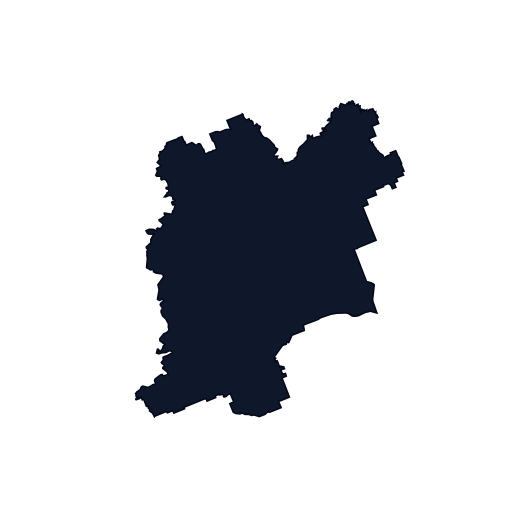 Logan, Queensland, Australia (Mercator projection), rotated 149°
{"feature_id": "25037944B44262560811074", "entity_name": "Logan", "entity_type": "district", "adm_level": 2, "iso_a3": "AUS", "parent_name": "Australia", "parent_adm1": "Queensland", "projection": "mercator", "projection_center": [153.051, -27.763], "detail": "fine", "context": "isolated", "style": "filled", "palette": "ink", "viewbox_px": 512, "rotation_deg": 149, "n_neighbors": 0, "source": "geoboundaries", "source_scale": "gbopen_adm2", "svg_char_len": 6073}
<svg xmlns="http://www.w3.org/2000/svg" viewBox="0 0 512 512"><g transform="rotate(149 256 256)"><path d="M181.7,144.8L179.4,156.0L178.6,158.4L169.5,170.3L169.7,171.6L171.6,174.4L174.4,177.1L168.5,210.9L168.1,211.3L165.2,210.2L164.1,210.6L144.9,207.6L139.2,243.2L133.4,242.3L132.4,248.2L121.3,246.3L120.5,251.3L110.9,249.7L110.7,250.9L105.5,250.0L104.0,247.5L104.5,243.4L100.7,242.7L99.9,247.6L96.2,247.0L95.6,250.6L87.8,249.3L87.6,252.7L85.4,252.4L84.3,260.2L83.6,260.1L82.6,266.8L83.1,266.9L82.0,274.3L87.8,275.3L88.1,273.3L88.9,273.8L92.4,274.3L92.8,273.8L93.8,274.4L95.4,273.8L95.7,274.8L95.3,277.2L97.2,281.0L97.3,283.2L98.1,284.5L97.8,286.2L98.3,290.2L97.7,291.4L98.7,292.2L97.6,293.7L99.3,293.9L98.6,298.3L91.4,297.2L89.7,307.4L82.5,306.3L81.5,312.0L80.0,311.8L79.6,314.6L80.7,315.3L79.1,317.9L80.0,317.8L80.1,320.0L80.9,320.4L80.6,321.1L79.9,321.4L80.1,322.1L83.7,323.2L85.3,322.0L86.2,323.3L85.6,324.3L88.4,324.6L88.1,325.8L89.6,326.1L89.5,327.1L89.9,327.3L91.3,325.6L91.9,325.4L91.5,326.6L91.7,328.1L90.6,328.5L90.4,329.6L89.4,331.1L91.2,331.8L90.3,333.5L93.7,334.1L94.0,335.4L93.0,336.0L94.0,336.8L93.0,338.1L93.6,339.4L94.8,339.5L95.8,338.4L96.8,340.2L97.7,340.2L97.3,338.0L99.6,339.9L101.5,339.0L104.8,343.0L108.0,340.9L108.2,339.0L108.6,338.8L109.4,339.1L111.0,341.8L113.5,341.6L114.7,339.8L117.5,339.9L119.8,337.0L119.7,335.0L122.3,336.2L124.9,335.4L124.8,335.0L122.3,333.3L123.3,332.5L128.3,331.5L131.1,330.4L133.4,331.6L133.9,331.1L133.7,329.3L133.0,328.9L130.5,329.0L130.2,328.6L130.5,327.9L131.9,327.1L135.0,328.1L137.7,328.2L138.0,327.7L137.7,325.9L138.2,325.4L143.1,327.0L146.6,327.4L145.6,330.3L147.7,329.9L148.4,332.3L149.8,333.0L152.0,329.2L158.0,327.4L162.2,326.8L164.8,325.6L165.9,323.7L167.3,323.6L169.1,320.5L173.1,319.6L173.9,318.5L176.1,319.2L179.2,319.2L182.6,320.8L184.6,320.9L185.1,321.5L184.4,321.6L183.9,322.5L184.0,326.4L186.1,326.9L188.2,328.4L188.2,329.0L185.9,330.4L187.6,331.3L188.9,332.3L189.1,333.0L188.0,333.9L186.1,334.3L182.9,335.9L182.3,336.6L183.9,339.3L183.3,341.7L184.9,349.1L186.2,351.8L187.7,352.9L188.7,356.2L188.4,359.5L188.7,361.1L187.9,362.3L187.8,363.4L186.4,363.6L185.6,364.6L187.2,367.7L187.2,368.9L190.1,368.5L191.1,370.0L190.1,371.2L189.7,372.8L190.2,374.6L191.2,374.9L191.7,375.7L191.2,377.0L192.0,377.4L193.6,377.3L194.5,378.2L195.0,381.5L194.2,384.0L194.6,385.0L195.1,384.6L211.1,387.2L212.6,377.3L215.1,379.2L216.9,379.9L223.4,380.9L224.6,382.4L226.8,383.4L232.8,384.4L233.9,377.2L233.2,375.5L233.5,372.8L234.7,368.2L236.3,367.7L238.7,368.7L240.5,368.3L242.7,369.3L245.5,369.2L246.4,369.6L246.9,370.9L245.8,374.4L246.4,375.1L246.0,380.4L246.9,381.7L248.2,382.1L249.7,381.4L250.4,382.0L252.5,386.3L258.7,387.0L258.1,390.8L258.7,390.9L257.9,396.5L261.2,397.2L265.5,396.9L265.4,397.4L273.9,399.0L274.3,398.8L273.9,398.1L274.5,397.8L275.2,397.9L275.2,397.4L277.8,396.7L278.1,395.3L282.0,394.1L284.9,394.8L285.2,393.5L287.6,392.5L288.9,388.5L292.5,387.1L291.4,383.9L291.4,382.4L292.9,382.0L296.1,382.3L296.5,382.0L296.3,381.1L297.0,379.3L300.3,376.9L300.1,375.6L296.6,373.4L296.6,372.8L297.9,371.1L297.8,369.8L296.3,369.5L294.5,368.4L294.1,367.1L294.1,363.8L295.3,360.6L296.4,360.4L297.5,361.1L298.3,360.5L298.2,359.6L296.6,358.0L296.7,357.4L298.0,355.8L299.4,356.1L300.8,355.1L304.1,353.9L303.0,353.2L299.0,352.5L297.3,350.7L297.1,349.4L298.1,347.1L296.4,345.6L296.5,344.7L297.3,344.6L299.9,345.8L300.7,345.3L301.1,343.9L301.0,342.3L299.8,342.5L298.7,341.8L298.8,341.5L302.8,337.8L304.3,337.5L306.1,335.4L307.3,335.7L312.4,340.1L313.1,339.3L312.9,337.3L319.0,336.8L320.3,337.2L320.8,336.2L319.1,330.9L322.9,328.7L325.1,329.6L325.7,330.6L327.1,330.5L326.9,329.6L327.3,329.3L328.7,329.5L330.2,331.6L333.6,333.9L337.3,334.4L337.4,331.5L336.8,330.1L332.6,327.4L332.4,326.8L334.4,326.3L337.7,324.3L339.5,321.5L345.5,320.3L345.9,319.2L345.3,317.5L347.1,316.2L349.5,312.2L350.3,310.0L355.7,302.6L355.7,301.8L354.5,300.4L353.8,298.5L351.8,297.7L351.1,296.4L351.1,295.9L352.0,295.3L350.6,292.9L345.8,289.0L345.5,286.5L346.9,285.3L354.9,281.9L356.6,276.8L362.7,269.8L362.6,269.0L361.5,267.5L359.0,267.4L358.0,266.0L358.6,264.9L361.0,264.9L363.0,264.0L363.3,263.2L363.0,259.8L363.9,258.7L365.6,258.0L366.3,256.8L367.0,252.7L365.8,248.6L366.0,242.9L367.9,240.1L368.7,237.2L372.4,236.4L375.1,236.9L381.0,234.7L382.1,232.9L379.6,226.7L381.8,226.7L384.3,224.4L386.9,223.7L387.7,224.0L387.6,226.3L388.5,226.9L391.3,224.1L389.8,222.2L386.8,221.5L382.8,219.6L378.9,219.4L377.1,217.3L377.0,216.7L378.2,216.2L383.0,216.3L387.4,217.2L388.1,216.8L389.1,214.5L392.0,213.6L392.0,212.3L390.9,209.8L391.4,209.0L393.3,208.4L393.9,207.6L392.0,203.0L391.9,201.2L392.5,199.8L396.2,200.6L397.3,201.3L397.4,202.8L399.0,203.3L405.6,202.6L406.7,202.0L407.4,200.9L407.6,198.8L408.5,198.1L410.3,198.8L415.5,198.8L416.7,199.4L419.6,202.4L420.7,203.0L421.8,202.8L424.0,201.2L428.1,200.9L430.2,200.1L430.2,199.1L431.2,197.2L431.0,195.6L430.1,195.4L430.0,194.7L432.1,194.8L432.6,195.4L432.9,195.0L432.8,194.5L429.2,193.7L427.1,194.2L427.6,191.2L426.1,191.0L427.4,183.6L426.1,183.4L426.4,183.1L425.8,182.3L426.7,181.5L426.2,179.6L427.1,177.9L425.6,174.6L425.9,170.5L425.4,170.8L413.0,168.9L412.8,167.2L407.1,166.3L407.4,163.6L395.9,161.8L395.9,163.4L373.9,160.0L372.2,159.0L372.8,156.8L363.4,155.4L363.2,157.1L358.8,156.4L358.9,155.7L355.7,154.4L355.7,153.0L356.3,152.2L356.0,151.5L354.0,151.0L351.3,151.6L349.0,151.2L350.3,142.3L354.5,143.0L356.0,133.7L354.3,131.2L351.1,128.9L348.5,128.3L347.2,126.0L343.8,123.9L341.8,121.5L340.4,121.2L338.9,120.0L335.9,116.6L329.9,115.6L326.4,116.3L324.7,115.0L312.5,113.0L311.6,119.6L300.0,117.8L296.5,138.0L291.9,137.4L291.2,140.2L292.7,140.5L293.9,141.9L293.4,145.5L289.6,144.7L289.3,146.8L291.9,149.1L292.1,147.7L293.0,148.0L291.8,155.3L293.2,155.5L292.8,155.7L293.5,157.5L291.7,158.2L292.5,160.0L279.2,165.7L275.6,164.8L273.7,166.4L272.9,165.8L273.0,165.2L272.5,164.9L266.0,169.5L252.9,167.3L250.9,172.4L235.4,169.6L232.4,169.8L221.5,167.4L216.0,165.2L208.3,160.9L206.3,158.9L204.5,155.0L202.2,153.3L199.0,152.0L191.7,151.4L186.4,149.7L181.7,144.8Z" fill="#0f172a" stroke="#020617" stroke-width="1.5"/></g></svg>